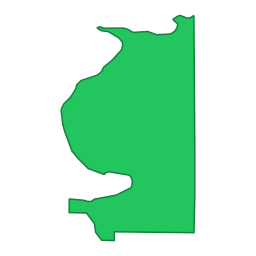 outline of Emmet, Michigan, United States of America
{"feature_id": "52423323B66436048113663", "entity_name": "Emmet", "entity_type": "district", "adm_level": 2, "iso_a3": "USA", "parent_name": "United States of America", "parent_adm1": "Michigan", "projection": "natural_earth1", "projection_center": [-84.945, 45.53], "detail": "fine", "context": "isolated", "style": "filled", "palette": "green", "viewbox_px": 256, "rotation_deg": 0, "n_neighbors": 0, "source": "geoboundaries", "source_scale": "gbopen_adm2", "svg_char_len": 942}
<svg xmlns="http://www.w3.org/2000/svg" viewBox="0 0 256 256"><path d="M193.9,16.0L193.3,15.8L190.6,17.6L187.3,18.2L180.1,15.4L177.5,16.3L173.1,19.2L173.4,20.1L177.7,23.9L177.1,27.6L174.6,31.4L170.9,33.7L168.5,34.1L156.7,34.7L147.8,31.5L133.0,32.4L128.1,29.4L123.4,28.1L104.0,28.2L99.8,26.7L97.3,27.9L98.4,29.0L101.3,30.7L108.3,31.6L119.1,38.1L122.1,41.8L122.7,44.7L121.6,49.7L112.2,60.1L103.5,67.3L101.9,71.0L99.9,73.1L97.0,75.2L81.2,80.5L76.6,84.9L76.3,87.3L75.0,90.2L70.2,97.6L63.9,103.8L61.6,108.4L61.2,111.1L62.7,124.0L64.8,131.7L72.0,151.1L78.4,158.8L88.2,168.6L104.0,174.4L105.4,173.6L105.7,172.6L108.8,171.8L129.0,175.1L131.0,176.9L132.1,180.4L132.3,183.4L131.1,187.6L116.3,195.1L94.6,199.1L91.0,201.5L87.5,201.4L83.5,200.2L69.3,199.0L69.1,212.6L86.5,213.0L94.4,223.7L95.7,232.4L101.6,240.2L114.2,240.6L114.3,231.8L194.0,232.7L194.8,195.0L194.8,156.6L194.6,118.9L193.9,16.0Z" fill="#22c55e" stroke="#15803d" stroke-width="1.5"/></svg>